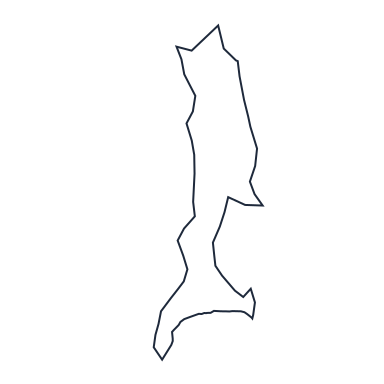 Palaichori Oreinis, Nicosia, Cyprus, rotated 343°
{"feature_id": "46923920B93188189979448", "entity_name": "Palaichori Oreinis", "entity_type": "district", "adm_level": 2, "iso_a3": "CYP", "parent_name": "Cyprus", "parent_adm1": "Nicosia", "projection": "equal_earth", "projection_center": [33.105, 34.937], "detail": "fine", "context": "isolated", "style": "outline", "palette": "slate", "viewbox_px": 384, "rotation_deg": 343, "n_neighbors": 0, "source": "geoboundaries", "source_scale": "gbopen_adm2", "svg_char_len": 1091}
<svg xmlns="http://www.w3.org/2000/svg" viewBox="0 0 384 384"><g transform="rotate(343 192 192)"><path d="M219.7,48.5L220.7,62.0L219.0,77.2L220.7,86.7L223.3,101.0L216.4,115.2L206.8,124.8L206.8,142.8L205.0,157.1L199.8,175.2L190.2,201.8L187.6,216.1L173.7,224.6L164.1,234.2L165.0,250.3L165.0,264.6L158.0,275.1L150.1,280.8L140.5,287.5L127.5,297.0L121.4,308.4L115.3,317.9L110.0,329.3L114.4,343.6L127.5,332.2L130.0,328.9L130.7,326.5L132.0,320.0L134.5,318.5L140.4,315.3L142.9,312.9L147.4,311.3L154.2,310.9L162.9,310.5L165.6,311.5L168.4,311.3L170.1,312.0L170.9,312.0L174.5,313.0L178.2,312.1L184.7,314.5L190.0,316.2L192.9,317.2L195.8,317.7L199.7,319.0L203.9,320.4L207.0,322.3L209.0,324.8L212.2,329.4L212.7,330.6L214.6,327.4L219.9,316.0L219.9,301.7L210.3,307.4L204.2,298.9L196.3,280.8L192.8,269.4L194.6,259.8L197.2,246.5L208.5,233.2L217.2,220.8L225.1,207.5L239.0,219.9L255.6,225.6L251.2,212.3L250.4,199.0L260.0,185.6L266.9,169.5L266.9,146.6L267.8,136.2L268.7,119.1L271.3,95.3L274.0,80.2L272.5,79.0L264.3,64.1L265.7,40.4L233.0,56.7L219.7,48.5Z" fill="none" stroke="#1e293b" stroke-width="2"/></g></svg>